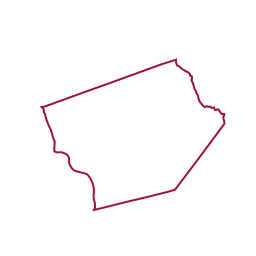 Brejo, Maranhão, Brazil, rotated 134°
{"feature_id": "56859067B28749086860220", "entity_name": "Brejo", "entity_type": "district", "adm_level": 2, "iso_a3": "BRA", "parent_name": "Brazil", "parent_adm1": "Maranhão", "projection": "mercator", "projection_center": [-42.859, -3.707], "detail": "fine", "context": "isolated", "style": "outline", "palette": "rose", "viewbox_px": 256, "rotation_deg": 134, "n_neighbors": 0, "source": "geoboundaries", "source_scale": "gbopen_adm2", "svg_char_len": 1492}
<svg xmlns="http://www.w3.org/2000/svg" viewBox="0 0 256 256"><g transform="rotate(134 128 128)"><path d="M45.5,140.9L58.6,148.0L100.5,168.5L112.4,174.3L117.2,176.7L119.2,177.7L120.8,178.5L132.7,184.4L137.5,186.7L144.4,190.1L166.1,200.7L170.7,203.0L172.8,204.7L173.3,201.4L175.1,199.4L175.4,197.9L178.5,192.8L181.3,186.7L183.0,182.1L187.2,174.7L188.7,171.3L192.6,167.9L194.3,166.5L195.9,164.7L195.2,162.5L194.0,161.3L191.6,158.9L189.9,155.1L189.5,153.5L189.7,151.8L190.2,150.0L191.8,148.2L193.3,147.0L194.6,145.1L195.9,140.9L196.0,137.5L194.8,134.8L190.8,127.8L189.8,125.8L189.7,124.2L190.0,122.4L190.4,120.0L192.5,114.6L193.8,112.6L195.7,110.1L199.0,106.9L200.5,106.1L201.9,104.2L203.0,103.2L204.8,100.0L207.8,96.7L209.1,95.9L210.5,95.5L200.5,89.1L191.9,83.8L177.7,74.9L171.3,70.7L146.9,55.4L139.8,51.3L101.7,55.9L58.0,61.6L57.1,62.5L56.3,63.4L55.8,64.6L54.8,66.1L53.4,67.3L52.0,67.6L51.1,68.5L52.0,69.5L52.8,70.4L52.7,71.7L52.4,73.4L52.0,74.9L52.1,76.4L53.3,76.9L54.5,77.8L54.1,79.2L53.5,80.5L54.9,81.1L55.5,82.3L55.3,83.6L56.8,84.7L57.7,86.6L59.6,87.2L59.8,88.7L59.8,90.6L59.3,92.9L59.3,94.7L58.5,96.2L57.5,98.4L56.1,99.9L55.7,101.3L55.4,103.2L54.6,104.2L54.1,105.6L53.6,107.6L52.8,108.6L52.2,109.8L51.6,110.8L50.7,112.3L50.3,113.7L49.4,115.6L47.7,116.5L46.5,118.0L47.1,119.8L46.3,120.7L46.1,122.5L46.2,124.0L46.9,125.1L47.1,126.6L47.6,128.3L48.0,130.2L48.1,131.7L48.0,133.5L48.5,134.9L48.8,136.5L48.0,138.0L46.9,139.8L45.5,140.9Z" fill="none" stroke="#9f1239" stroke-width="2"/></g></svg>